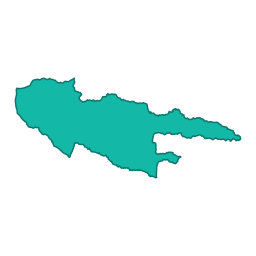 the district of Kangema, Central, Kenya
{"feature_id": "3690345B7088366637447", "entity_name": "Kangema", "entity_type": "district", "adm_level": 2, "iso_a3": "KEN", "parent_name": "Kenya", "parent_adm1": "Central", "projection": "robinson", "projection_center": [36.916, -0.687], "detail": "fine", "context": "isolated", "style": "filled", "palette": "teal", "viewbox_px": 256, "rotation_deg": 0, "n_neighbors": 0, "source": "geoboundaries", "source_scale": "gbopen_adm2", "svg_char_len": 5891}
<svg xmlns="http://www.w3.org/2000/svg" viewBox="0 0 256 256"><path d="M240.6,138.9L240.3,138.4L240.4,137.1L238.4,135.3L237.4,135.2L237.1,135.6L236.6,135.6L234.8,134.4L234.5,134.0L234.1,132.6L233.6,132.3L233.4,131.2L233.0,130.8L230.1,129.8L228.6,129.0L227.5,129.3L227.1,128.8L227.1,127.8L226.2,127.1L222.0,126.2L221.6,126.0L221.1,125.0L219.6,124.0L219.0,124.0L218.9,123.4L218.4,123.0L216.8,122.3L213.8,122.5L210.4,121.6L209.2,122.1L208.5,122.0L206.3,120.9L204.6,121.1L204.1,120.7L203.9,119.9L203.6,119.5L202.4,119.5L202.0,118.8L200.8,118.5L200.4,118.0L199.3,117.6L198.4,118.0L197.2,117.8L194.9,118.8L193.3,117.9L192.2,119.0L190.0,119.6L188.8,119.2L187.5,118.1L186.9,118.2L186.4,118.6L185.9,118.6L184.5,117.6L183.7,114.9L183.2,115.2L182.6,115.2L182.1,114.7L182.2,114.1L180.3,113.0L179.7,110.8L179.1,110.5L178.9,109.7L178.4,109.4L177.0,109.6L176.2,109.1L175.8,109.7L175.3,108.8L173.9,109.4L172.5,110.4L172.9,110.9L172.9,111.6L172.5,112.1L169.9,111.9L169.3,111.5L168.8,112.2L168.5,113.6L167.3,114.4L166.0,114.4L164.9,115.0L163.7,115.2L163.4,114.8L162.8,114.7L160.7,115.2L159.7,114.9L159.4,115.2L158.8,115.2L158.5,115.8L158.0,115.4L157.7,115.7L157.0,115.3L155.9,115.4L155.0,115.0L155.0,114.5L154.5,114.3L153.8,113.3L151.2,113.3L151.1,112.3L150.7,112.0L149.7,112.1L149.5,112.5L148.4,110.5L147.5,107.7L147.2,105.0L146.9,104.4L145.8,103.5L144.3,103.3L143.4,102.7L141.8,103.3L140.4,103.3L139.6,103.0L138.3,103.4L137.8,103.2L137.3,103.5L136.7,103.0L135.1,102.7L133.8,101.5L131.6,101.5L130.0,102.0L128.0,101.1L126.6,101.2L125.0,100.2L123.6,100.0L123.1,99.5L122.2,100.1L121.6,100.0L120.2,98.3L119.6,98.2L117.6,97.3L116.6,95.9L116.4,95.0L115.4,94.5L115.0,94.1L114.0,94.5L111.8,93.9L110.7,94.5L109.3,94.5L108.6,94.5L107.9,93.7L106.8,94.7L106.8,95.4L106.0,96.7L102.8,96.7L102.4,97.2L102.1,98.3L101.1,99.7L100.2,100.5L98.9,101.0L97.5,100.5L94.7,101.2L93.7,100.1L93.2,100.0L91.9,100.9L90.6,100.3L89.4,100.1L88.3,100.4L87.5,99.9L85.5,101.4L82.6,102.0L82.4,101.5L81.2,101.0L79.2,98.8L79.2,97.9L79.5,97.0L81.4,94.9L81.6,94.5L81.4,93.9L80.2,92.6L79.2,92.6L78.3,92.0L74.8,90.9L74.6,90.4L74.4,87.7L73.4,86.8L73.0,85.7L73.1,85.0L74.3,83.6L74.5,83.0L74.6,81.7L74.1,80.5L74.2,78.4L71.6,79.9L71.0,80.0L69.1,81.4L68.2,81.8L65.2,81.3L63.9,82.2L63.6,82.8L62.0,83.0L61.0,82.8L60.5,82.4L59.2,83.0L58.4,82.8L57.2,82.3L55.2,80.3L54.7,80.4L53.4,79.7L50.7,79.2L49.6,78.5L48.5,79.3L47.4,79.5L46.0,79.3L44.5,78.4L43.3,78.4L41.8,78.7L40.0,79.9L39.5,79.7L38.9,79.9L38.2,79.3L37.5,79.3L36.4,79.8L36.0,79.5L33.4,80.2L32.9,80.6L31.6,82.3L30.2,85.3L29.8,85.6L24.2,87.9L21.1,88.5L18.7,88.6L16.9,88.3L16.3,89.6L16.6,93.5L16.4,95.4L15.5,99.1L15.4,101.5L16.1,107.2L17.1,110.1L17.3,113.2L20.1,115.9L21.2,117.8L23.1,120.0L24.5,121.0L24.7,121.5L25.9,121.9L26.7,123.0L26.7,124.2L28.0,125.5L28.4,126.7L30.1,127.3L31.3,127.3L33.1,128.1L33.7,128.1L35.1,127.1L36.6,127.6L38.6,127.6L39.2,130.4L42.0,133.8L43.1,134.6L43.8,134.6L44.9,134.1L46.7,135.0L48.1,136.1L49.5,138.6L51.1,139.6L51.8,140.9L51.8,141.7L52.6,142.7L54.1,146.1L56.6,147.1L59.4,149.0L60.3,150.2L60.9,150.3L61.0,150.8L61.5,151.0L63.1,152.7L64.7,153.7L66.4,154.2L67.5,155.3L67.9,155.3L68.5,156.6L68.9,157.0L69.6,157.2L70.0,156.7L70.7,154.2L72.0,151.7L74.1,146.0L74.6,143.1L76.1,143.1L77.1,142.7L77.7,142.9L79.0,144.2L81.1,144.5L82.6,144.3L83.4,144.7L84.4,145.9L84.6,146.6L85.1,147.0L86.3,147.1L87.1,147.8L88.0,149.2L89.2,149.0L89.5,148.5L90.2,150.1L90.7,150.4L91.2,151.4L92.0,151.9L92.4,151.6L95.9,152.4L98.5,153.5L98.7,153.0L99.3,153.0L100.5,154.6L103.5,155.9L105.3,155.7L105.7,155.3L106.2,155.5L107.0,157.2L107.7,157.6L108.2,157.5L108.4,159.3L109.0,159.5L110.5,161.2L111.7,161.6L111.7,162.1L112.9,164.0L115.0,164.9L116.1,164.9L116.9,165.9L117.8,166.6L118.2,166.3L118.6,166.8L119.3,166.1L119.7,166.1L120.2,166.5L120.3,167.2L121.7,168.2L122.3,167.9L123.5,168.3L124.0,168.1L124.2,167.6L125.3,168.2L125.7,167.8L127.5,167.9L127.8,168.3L128.3,168.1L129.5,169.2L129.9,170.4L131.7,170.2L132.2,170.5L132.6,169.9L133.1,169.7L134.0,170.3L137.3,170.1L137.7,170.5L138.2,170.4L138.0,169.9L138.6,169.8L138.8,170.2L139.3,170.4L140.0,170.1L140.5,170.5L141.6,170.3L143.3,171.3L143.8,171.1L144.8,171.5L145.3,172.1L146.6,172.4L148.4,173.9L148.8,175.1L149.2,175.6L149.4,175.2L149.9,175.4L150.4,176.5L151.4,176.2L152.0,176.2L153.3,176.5L155.4,177.6L156.6,177.4L156.3,176.7L156.7,166.7L158.1,162.3L158.5,161.8L162.8,160.6L163.0,159.8L163.6,159.5L164.7,159.6L165.1,160.0L165.7,160.0L166.7,159.4L168.5,160.3L168.8,160.7L168.8,161.2L169.6,161.9L172.1,162.2L172.4,162.6L172.9,162.5L173.8,163.2L175.6,163.6L177.7,161.3L177.8,160.8L177.6,160.3L177.9,159.6L179.1,157.8L180.7,157.0L180.6,156.6L180.1,156.4L179.2,156.4L178.1,156.7L176.7,156.1L175.6,155.1L173.2,154.2L172.9,152.8L171.7,152.3L170.8,152.4L169.3,152.1L168.0,152.7L167.4,152.8L167.0,152.5L165.3,153.8L163.4,153.7L162.9,153.4L160.8,153.9L160.2,153.5L157.7,154.3L157.1,154.1L156.8,153.5L156.0,153.1L155.5,152.2L156.1,149.5L155.7,147.1L156.0,145.3L155.5,143.2L155.0,142.8L153.2,142.7L152.5,142.4L152.5,139.8L153.4,135.5L154.1,133.8L155.2,133.2L158.6,132.6L160.8,133.1L161.3,133.4L162.6,133.5L164.3,134.6L164.9,134.5L167.3,133.1L170.3,133.1L171.0,134.1L172.1,134.4L174.3,134.2L176.0,133.7L177.4,134.2L179.1,133.0L180.7,133.0L181.3,133.1L181.5,135.1L183.0,136.6L184.7,136.8L186.5,137.9L187.7,138.0L188.1,137.7L189.3,137.7L190.4,138.2L191.1,138.0L192.8,136.0L194.4,136.4L195.4,136.3L196.1,135.7L196.7,135.8L198.3,135.4L199.3,134.7L200.5,135.0L201.5,136.0L202.5,136.1L203.2,136.4L204.0,137.2L204.8,138.3L205.3,138.6L209.1,138.0L210.0,138.2L212.8,139.6L213.4,139.5L214.5,138.5L216.1,138.2L217.7,139.2L219.0,139.0L221.1,139.5L222.9,139.2L224.2,139.4L224.7,139.5L225.4,140.6L226.0,140.7L226.6,140.4L226.8,139.6L227.3,139.2L229.7,139.8L230.3,141.1L231.1,140.9L232.1,139.5L233.1,139.0L234.2,139.1L235.6,139.8L236.0,140.7L236.9,140.5L237.5,139.7L238.0,139.8L238.5,140.4L238.9,140.4L240.0,139.7L240.6,138.9Z" fill="#14b8a6" stroke="#0f766e" stroke-width="1.5"/></svg>